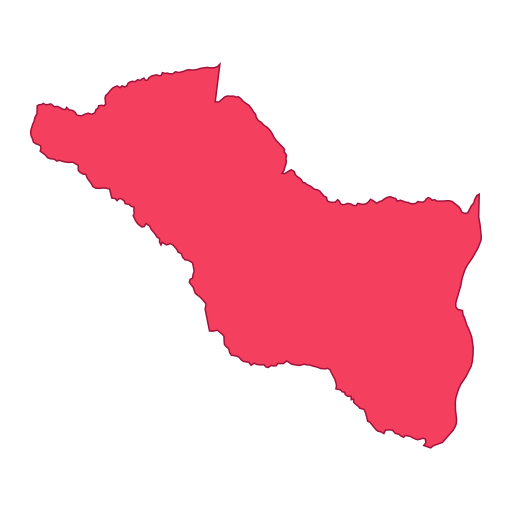 the district of Darcinópolis, Tocantins, Brazil
{"feature_id": "56859067B19460025923615", "entity_name": "Darcinópolis", "entity_type": "district", "adm_level": 2, "iso_a3": "BRA", "parent_name": "Brazil", "parent_adm1": "Tocantins", "projection": "natural_earth1", "projection_center": [-47.805, -6.773], "detail": "fine", "context": "isolated", "style": "filled", "palette": "rose", "viewbox_px": 512, "rotation_deg": 0, "n_neighbors": 0, "source": "geoboundaries", "source_scale": "gbopen_adm2", "svg_char_len": 5123}
<svg xmlns="http://www.w3.org/2000/svg" viewBox="0 0 512 512"><path d="M112.5,88.2L110.0,90.8L108.0,93.5L105.6,95.6L105.0,98.2L105.3,100.7L105.6,104.2L104.1,105.7L101.6,105.3L98.7,105.7L97.8,108.4L96.0,109.6L94.8,112.9L91.6,114.3L88.2,113.2L85.1,114.1L81.5,115.8L78.9,115.5L76.7,115.0L75.5,112.8L73.8,111.1L71.8,110.2L69.2,110.0L66.6,107.4L65.5,109.6L62.5,109.1L60.2,107.7L57.4,106.4L54.3,106.7L50.9,103.9L47.7,104.6L45.3,104.6L43.3,103.4L41.4,104.6L39.2,104.7L37.2,105.7L37.1,109.2L37.0,113.7L35.0,117.3L34.1,121.3L32.8,124.0L30.8,130.4L30.7,133.0L31.2,135.9L32.7,139.5L33.4,142.1L36.2,144.0L38.7,144.6L40.7,146.1L40.9,148.5L40.2,151.2L43.1,153.2L45.6,155.3L47.8,157.9L50.3,158.7L54.3,159.2L56.8,161.1L59.3,160.3L61.9,161.1L64.5,161.9L69.2,162.4L72.8,162.2L78.2,165.3L78.2,170.1L79.6,172.0L82.9,174.1L85.8,174.3L87.4,178.4L89.7,181.4L91.4,183.8L92.9,186.6L95.6,188.1L99.1,188.4L102.9,188.0L106.0,188.1L109.6,189.1L110.9,194.4L111.8,198.1L115.0,198.5L117.1,200.7L118.7,198.9L121.0,198.6L124.2,200.9L125.2,203.7L129.2,204.4L131.2,206.4L134.0,207.0L133.9,210.6L134.2,213.4L133.2,215.8L134.6,218.6L135.8,221.1L138.0,224.1L141.7,227.0L144.2,226.6L146.0,223.5L149.6,226.1L151.2,229.4L154.6,233.3L157.2,237.3L159.6,238.6L159.5,242.2L161.0,245.0L162.1,242.3L166.5,244.9L170.4,243.6L173.2,245.2L176.9,249.5L178.1,252.1L181.3,253.6L182.7,257.4L185.1,259.9L187.5,259.9L192.5,262.8L193.3,266.4L194.1,271.1L193.0,274.9L192.4,278.3L190.1,279.3L189.3,282.5L193.2,287.3L195.2,293.2L197.8,295.4L199.6,296.6L202.0,299.1L204.4,301.8L206.1,304.0L205.1,309.1L209.5,331.0L212.7,331.2L217.4,330.2L222.6,334.5L224.0,336.5L224.1,340.8L224.4,344.2L225.6,346.1L228.8,348.8L229.6,352.5L231.2,355.1L234.7,355.7L238.8,356.9L241.5,360.1L243.4,361.4L248.8,362.3L251.1,365.3L254.1,363.2L256.6,364.4L260.6,364.9L263.9,364.7L265.9,366.9L268.1,367.5L271.3,365.5L274.0,366.0L276.2,365.7L277.8,363.5L283.2,363.6L286.9,361.0L289.8,363.0L291.9,364.3L295.7,364.9L298.0,365.3L300.1,365.3L304.1,364.2L306.9,364.9L309.6,364.9L313.2,366.2L317.5,367.2L320.6,368.5L325.5,368.9L327.6,368.2L330.0,369.8L331.5,373.0L334.9,379.3L336.1,383.5L336.5,385.8L335.9,388.9L340.6,389.9L342.3,391.9L344.6,392.2L345.2,394.5L347.5,396.2L351.2,396.5L351.2,399.7L353.6,399.1L353.7,402.4L356.2,404.7L358.4,406.4L359.8,408.3L363.9,409.3L365.5,412.7L367.0,418.1L367.6,421.2L370.0,422.3L374.1,427.4L376.2,429.9L378.0,431.2L381.4,432.0L383.9,433.6L385.4,430.2L389.2,429.8L392.5,430.2L395.4,433.5L398.7,434.1L401.0,436.0L403.6,437.3L405.2,435.5L408.4,436.0L410.6,436.5L412.6,437.7L415.6,439.1L417.6,439.7L420.7,439.0L423.0,438.2L425.4,439.1L425.8,442.9L423.7,445.5L430.7,447.9L433.4,445.7L442.5,442.4L451.5,432.1L453.1,430.3L455.5,426.0L456.3,423.5L456.6,419.4L455.5,410.3L455.3,402.9L455.8,397.9L458.3,389.8L460.7,384.4L465.8,376.9L471.3,365.9L472.4,361.0L473.0,354.9L473.2,347.6L471.7,337.0L468.8,329.1L467.1,325.8L464.4,317.6L463.0,314.8L462.5,310.5L457.9,309.5L455.9,307.0L455.7,303.6L456.3,300.9L460.8,285.5L462.1,278.2L464.9,269.8L467.1,265.4L472.3,258.0L477.9,248.2L480.9,240.6L481.3,237.7L480.7,230.9L480.0,224.4L478.7,217.1L479.2,194.2L476.9,195.5L475.5,197.9L474.5,200.2L473.8,203.0L471.3,205.8L469.4,209.7L467.5,213.1L464.1,213.3L461.5,211.8L460.6,209.2L458.6,206.6L456.5,204.9L454.6,203.4L452.2,201.5L449.6,200.8L447.2,200.7L444.3,201.0L441.2,201.1L438.7,201.1L436.5,201.1L434.9,199.7L432.2,200.2L430.2,198.4L428.3,197.6L426.2,199.0L425.0,200.9L423.1,202.1L420.6,202.1L417.9,201.5L415.7,203.4L412.8,203.8L410.4,203.6L408.4,202.5L405.7,202.2L403.2,201.2L400.3,200.2L397.2,201.2L395.7,198.5L393.0,197.8L390.3,196.7L387.4,197.3L384.2,199.0L382.0,200.8L379.4,201.6L376.7,203.2L373.5,200.9L370.6,199.3L368.4,202.0L366.1,203.8L363.3,204.3L361.0,204.2L357.8,203.3L356.1,205.6L353.6,205.5L351.1,204.1L347.4,203.4L344.9,204.5L342.7,204.7L340.5,203.8L339.5,201.4L337.7,199.7L335.2,202.2L332.3,202.3L330.1,202.2L327.3,200.9L326.5,197.3L324.2,196.3L321.7,193.5L319.8,191.1L317.5,189.9L314.1,189.1L311.5,186.8L309.3,185.6L306.9,184.6L305.0,182.8L302.9,182.5L301.4,179.8L299.4,178.0L296.9,176.3L295.3,174.7L294.4,171.7L291.2,169.7L288.5,171.2L286.5,172.6L284.6,173.6L282.1,173.2L283.9,170.7L284.6,167.9L285.8,164.5L286.3,161.8L285.9,158.8L286.5,155.6L285.6,153.5L284.0,151.8L284.6,149.5L283.2,147.6L280.5,145.0L278.5,142.8L276.2,140.5L274.0,137.4L272.7,134.5L270.8,131.4L268.8,129.0L266.9,127.1L264.9,126.0L263.2,124.5L261.2,122.3L258.3,120.5L256.2,117.3L255.6,114.3L253.6,112.0L251.9,109.1L250.5,107.3L248.8,105.2L245.8,103.3L243.0,101.2L241.1,98.9L238.5,96.8L235.6,97.1L233.6,96.1L230.7,96.2L227.3,96.0L224.6,97.0L221.8,99.5L218.8,102.0L215.2,101.9L219.9,64.1L217.6,66.5L214.4,67.7L210.5,67.9L207.3,67.4L204.2,67.8L200.7,68.3L197.5,69.4L194.1,70.0L191.4,70.0L189.0,69.7L186.4,70.2L184.2,71.1L181.6,71.9L178.9,72.5L175.5,71.8L172.6,73.8L169.6,73.8L167.5,73.1L165.1,73.4L162.4,72.6L161.2,75.5L158.9,75.7L156.6,74.8L154.3,75.3L151.9,75.9L149.1,77.6L147.4,80.1L145.3,80.3L143.9,78.1L142.0,79.0L140.4,80.4L137.7,79.7L135.0,81.7L132.6,81.3L130.3,81.8L128.1,83.2L126.8,85.9L124.5,87.0L122.1,85.8L120.0,87.7L117.5,86.0L115.1,86.7L112.5,88.2Z" fill="#f43f5e" stroke="#9f1239" stroke-width="1.5"/></svg>